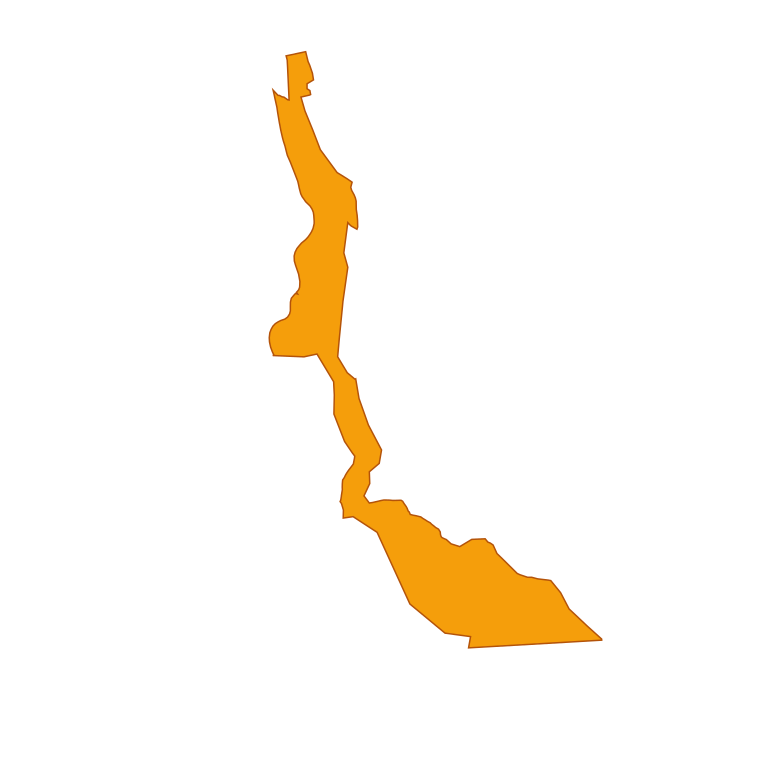 the district of Waterworks, Castries, Saint Lucia, rotated 59°
{"feature_id": "8701671B48526464274479", "entity_name": "Waterworks", "entity_type": "district", "adm_level": 2, "iso_a3": "LCA", "parent_name": "Saint Lucia", "parent_adm1": "Castries", "projection": "natural_earth1", "projection_center": [-60.982, 14.005], "detail": "fine", "context": "isolated", "style": "filled", "palette": "amber", "viewbox_px": 768, "rotation_deg": 59, "n_neighbors": 0, "source": "geoboundaries", "source_scale": "gbopen_adm2", "svg_char_len": 3023}
<svg xmlns="http://www.w3.org/2000/svg" viewBox="0 0 768 768"><g transform="rotate(59 384 384)"><path d="M715.7,329.3L714.7,328.8L696.4,334.4L672.2,341.2L653.9,340.1L638.4,342.3L636.7,344.2L630.2,352.6L625.8,356.9L623.6,360.5L617.5,365.7L615.0,367.4L594.6,372.6L587.5,374.5L578.2,373.4L575.1,374.8L573.0,376.4L568.8,377.0L562.4,388.8L562.4,402.8L555.6,408.8L549.4,410.7L548.5,411.4L546.9,412.5L545.3,413.5L544.0,413.6L542.1,413.1L539.8,412.0L536.5,412.0L533.7,413.6L531.3,414.4L528.8,415.4L526.7,415.9L524.2,417.4L521.5,418.7L519.3,419.9L516.9,420.9L513.3,424.5L511.4,426.7L509.3,428.7L506.8,428.3L505.3,428.7L502.6,428.2L500.4,428.1L496.8,428.4L494.1,428.4L492.4,429.3L489.7,434.1L488.3,436.5L486.5,438.9L485.4,440.6L483.4,443.8L482.3,446.7L481.5,449.3L480.9,451.1L479.7,454.8L478.8,457.0L478.5,457.9L469.6,458.8L462.0,447.5L451.7,441.8L449.6,429.0L439.3,420.1L411.1,418.5L383.6,412.9L365.0,405.6L365.0,406.4L355.4,409.7L336.8,409.7L322.4,399.2L296.2,379.7L292.1,376.7L265.3,354.9L250.9,350.9L227.0,331.9L229.9,331.3L231.8,330.7L235.3,328.7L237.4,327.5L235.9,325.7L230.3,322.5L225.5,320.1L220.2,317.9L212.9,313.7L209.7,312.7L206.5,312.2L201.4,312.0L198.3,311.2L194.6,307.4L188.9,310.0L178.6,315.3L150.4,317.9L129.3,314.2L109.2,311.1L96.5,307.7L95.3,307.4L98.0,299.0L98.1,297.8L94.3,296.4L91.3,297.9L87.0,295.3L87.0,287.8L80.8,285.3L72.5,283.5L68.5,283.0L58.8,280.0L53.3,296.0L52.3,298.9L56.4,300.1L63.0,303.6L91.7,319.1L90.7,320.2L86.6,322.0L85.3,323.5L82.8,325.0L82.0,326.2L75.0,327.7L80.2,329.4L82.1,330.1L91.7,333.3L96.2,335.2L106.6,339.3L108.6,340.0L113.1,341.7L120.1,344.0L123.9,345.1L129.3,346.4L135.5,348.3L138.3,349.1L145.5,350.0L155.0,351.6L161.3,352.7L165.8,353.5L168.9,354.5L171.2,355.3L172.0,355.6L173.6,356.1L178.1,357.4L181.4,357.7L184.8,357.4L187.3,357.3L189.6,356.7L193.3,355.7L196.9,355.6L200.3,356.1L203.4,357.4L208.3,359.9L210.6,361.3L214.1,364.7L216.3,367.9L217.6,370.5L218.9,373.5L219.9,376.9L220.7,382.2L221.9,385.8L223.0,388.8L225.2,392.3L228.0,395.1L232.4,397.5L236.5,398.6L242.1,399.8L245.8,400.6L252.8,403.3L255.7,405.2L257.6,406.5L258.4,407.5L259.2,408.5L259.7,409.7L260.3,411.7L262.4,411.7L260.8,413.2L261.5,415.6L262.8,419.3L265.6,422.0L269.1,424.2L273.1,426.6L275.3,428.8L277.0,432.2L277.3,435.6L276.4,439.8L276.2,442.9L276.3,446.1L277.2,449.4L279.0,452.6L281.3,455.5L285.2,458.5L289.0,460.5L294.0,462.2L298.8,463.1L302.5,463.5L302.3,464.7L319.5,438.6L323.8,426.0L356.1,426.0L367.9,432.3L382.2,441.3L384.0,442.4L393.8,444.1L413.0,447.4L422.2,446.9L427.4,446.6L428.0,446.5L430.0,446.3L430.7,446.2L432.6,447.7L433.8,448.8L436.8,451.5L437.6,453.5L438.8,456.5L439.6,458.6L440.2,459.9L441.1,461.8L442.3,464.0L443.7,466.1L445.0,468.9L446.9,470.3L447.5,470.7L448.0,471.1L449.3,471.9L451.0,473.0L451.6,473.3L453.2,474.2L457.6,477.9L458.3,478.4L460.1,479.9L461.0,480.7L461.4,481.1L462.2,482.2L464.5,482.0L471.1,483.7L477.9,488.0L481.8,478.8L507.6,466.3L586.0,475.1L629.0,460.0L645.1,439.9L653.7,447.4L654.3,446.3L705.8,348.2L715.7,329.3Z" fill="#f59e0b" stroke="#b45309" stroke-width="1.5"/></g></svg>